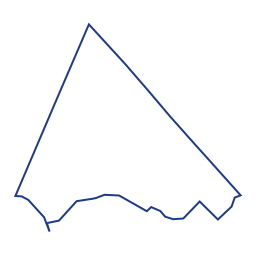 the district of Dillon, South Carolina, United States of America
{"feature_id": "52423323B8509439867450", "entity_name": "Dillon", "entity_type": "district", "adm_level": 2, "iso_a3": "USA", "parent_name": "United States of America", "parent_adm1": "South Carolina", "projection": "equal_earth", "projection_center": [-79.33, 34.426], "detail": "fine", "context": "isolated", "style": "outline", "palette": "blue", "viewbox_px": 256, "rotation_deg": 0, "n_neighbors": 0, "source": "geoboundaries", "source_scale": "gbopen_adm2", "svg_char_len": 598}
<svg xmlns="http://www.w3.org/2000/svg" viewBox="0 0 256 256"><path d="M15.4,196.0L21.7,196.4L28.3,199.9L44.1,217.3L49.6,231.6L46.9,223.1L59.0,220.6L76.6,201.2L92.8,198.7L95.8,198.1L104.5,194.8L119.1,195.5L146.8,211.2L151.2,207.1L160.3,211.0L165.2,216.7L173.1,219.2L183.3,218.5L199.7,201.5L217.9,219.5L231.6,206.6L234.7,197.6L240.6,195.3L211.8,163.1L208.5,159.4L192.7,141.9L192.2,141.2L189.4,138.2L182.9,130.8L182.6,130.5L171.0,117.5L169.1,115.3L154.3,97.8L146.3,88.4L139.7,80.8L139.0,80.0L136.4,77.0L125.6,64.5L88.9,24.4L57.3,97.8L15.4,196.0Z" fill="none" stroke="#1e3a8a" stroke-width="2"/></svg>